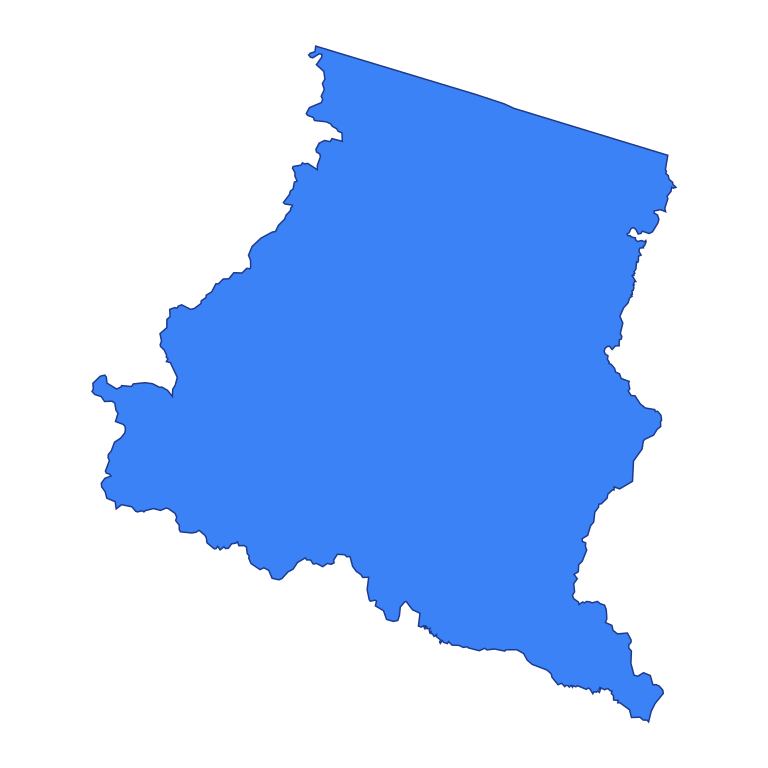 outline of Carabaya, Puno, Peru
{"feature_id": "86281439B63963563505699", "entity_name": "Carabaya", "entity_type": "district", "adm_level": 2, "iso_a3": "PER", "parent_name": "Peru", "parent_adm1": "Puno", "projection": "mercator", "projection_center": [-70.113, -13.816], "detail": "fine", "context": "isolated", "style": "filled", "palette": "blue", "viewbox_px": 768, "rotation_deg": 0, "n_neighbors": 0, "source": "geoboundaries", "source_scale": "gbopen_adm2", "svg_char_len": 6099}
<svg xmlns="http://www.w3.org/2000/svg" viewBox="0 0 768 768"><path d="M552.0,677.3L558.0,684.7L561.7,683.3L564.8,686.6L565.4,685.6L568.2,685.6L569.3,687.1L571.0,685.4L572.5,687.2L572.8,685.7L575.9,686.8L577.5,685.7L586.3,689.4L587.8,688.2L589.6,688.5L592.8,693.7L593.7,691.9L596.6,692.1L597.7,691.1L599.4,692.4L600.7,688.7L599.3,689.1L599.9,687.4L604.5,689.7L608.0,688.5L610.2,690.8L612.0,691.0L611.3,693.6L613.4,695.5L613.6,700.0L618.2,700.5L617.7,702.8L620.0,702.8L629.5,709.8L631.5,717.5L640.0,717.2L643.1,720.0L647.2,720.2L648.6,721.9L651.2,711.3L655.0,703.6L663.3,693.4L662.8,690.1L659.4,686.2L656.1,684.6L652.9,684.8L650.3,675.5L643.5,672.7L637.6,676.3L634.0,675.1L630.9,663.3L631.4,650.9L628.9,648.2L628.7,645.2L631.0,642.3L631.1,640.0L627.4,633.0L617.5,633.9L613.0,630.3L611.9,625.4L605.4,622.5L606.8,618.9L606.6,614.4L606.2,609.4L604.5,605.1L600.2,603.7L597.4,601.4L592.2,602.9L589.6,601.8L586.4,601.5L584.6,602.9L582.7,602.0L578.9,604.5L578.5,602.1L573.5,598.5L572.5,595.2L574.6,591.8L573.7,583.8L577.3,578.7L574.0,574.4L578.3,571.7L578.7,564.7L582.2,561.3L586.7,550.1L585.4,546.5L585.7,542.9L582.4,541.5L582.2,538.7L587.7,535.3L590.5,525.9L593.7,522.0L594.8,512.2L598.6,507.0L598.7,504.2L601.3,503.8L607.1,498.2L607.8,494.2L612.5,489.9L614.1,489.9L614.1,486.9L619.7,488.9L632.5,481.3L633.5,461.0L642.1,449.0L643.3,441.1L644.7,439.4L653.6,435.1L657.1,429.4L660.7,426.5L660.5,421.7L661.6,420.3L661.0,415.4L657.6,411.3L655.2,411.5L654.8,409.6L645.4,408.0L640.4,404.1L635.0,395.8L631.1,395.5L628.2,390.9L629.8,388.9L628.6,383.6L629.2,381.4L621.2,378.5L619.5,373.8L615.5,372.0L614.6,368.4L611.2,364.4L608.9,363.3L609.2,362.0L607.4,359.4L608.0,355.9L605.1,353.8L604.2,351.5L605.0,348.3L607.6,346.3L609.7,346.4L612.1,349.5L615.4,345.9L619.2,345.8L619.2,340.1L621.3,339.0L621.8,336.4L620.3,333.5L622.8,323.1L619.9,316.3L623.7,307.7L628.0,303.0L629.6,298.0L632.1,296.2L631.0,294.9L632.3,294.3L632.0,290.7L633.2,290.4L633.9,287.8L633.4,285.8L634.2,284.9L633.3,284.6L634.6,281.4L635.7,281.5L632.2,275.6L634.0,275.2L633.5,274.1L634.8,273.4L634.1,271.6L635.9,269.1L636.6,261.9L637.8,262.3L638.4,261.0L638.5,256.2L641.1,255.1L639.0,251.6L639.3,249.3L640.0,248.0L643.5,247.8L643.1,246.3L644.5,245.8L646.1,241.8L645.8,240.5L644.3,241.8L641.7,240.5L637.5,241.5L635.5,239.6L635.4,237.8L631.6,237.1L630.0,235.5L628.3,235.9L627.0,234.1L629.2,232.7L630.9,228.6L633.2,227.6L635.7,229.2L638.2,234.0L641.0,233.4L642.3,231.2L649.1,233.5L652.5,231.8L657.8,223.2L658.9,219.4L657.5,215.0L654.1,213.0L654.1,211.0L660.5,209.7L665.6,211.7L664.8,208.2L667.8,198.9L667.2,196.1L671.0,191.4L671.6,187.3L673.4,188.2L676.0,187.3L673.0,184.6L672.6,182.3L669.1,179.3L668.2,175.5L665.8,173.6L666.4,171.2L665.4,169.6L667.8,155.3L514.1,108.4L504.1,103.8L476.5,94.7L315.7,46.1L315.0,51.7L310.3,53.2L308.7,55.0L310.4,57.2L312.8,57.8L319.2,53.8L321.9,54.3L321.7,57.2L316.4,64.7L323.8,71.4L324.9,79.1L322.4,83.5L324.3,89.5L321.2,96.3L322.7,99.3L321.4,102.6L309.4,107.6L306.3,113.5L307.5,115.3L313.3,117.5L314.5,120.5L326.2,121.8L330.7,123.9L332.4,126.4L336.6,128.7L338.2,131.3L342.0,132.9L342.3,141.3L332.0,138.6L330.2,141.6L324.5,140.5L319.1,143.2L315.9,149.4L316.5,152.0L319.8,154.0L320.4,156.7L317.3,165.5L317.3,169.7L307.7,163.4L304.7,163.9L302.4,162.9L301.1,165.1L293.1,166.5L292.5,168.2L295.0,172.7L294.9,176.1L297.1,181.1L294.3,182.2L293.1,189.0L290.3,191.1L289.4,194.6L283.4,202.5L284.9,204.0L292.2,205.1L292.4,206.3L290.7,208.1L290.5,210.5L286.1,215.1L284.7,219.0L278.4,225.4L275.5,231.5L272.2,232.1L261.0,238.1L252.1,246.4L248.5,255.3L250.5,260.1L250.7,267.2L249.9,268.7L246.8,268.3L242.0,273.0L233.8,272.7L228.8,278.8L223.2,279.0L218.5,283.8L215.9,283.8L211.7,291.9L206.2,295.2L206.0,297.6L201.3,300.7L200.9,303.6L194.1,308.6L190.5,309.3L181.6,304.8L178.2,306.2L177.0,308.2L174.7,307.6L169.7,309.4L170.1,316.6L166.9,319.4L166.8,327.7L160.0,333.6L161.5,341.1L160.2,344.6L160.5,346.4L164.4,350.3L166.6,355.2L166.3,357.2L168.0,358.8L166.4,361.6L170.3,362.6L177.3,377.3L175.2,385.3L172.7,389.3L172.4,396.5L167.5,390.3L161.7,387.0L159.7,387.4L152.5,383.7L145.1,382.7L133.3,383.9L131.5,386.5L121.6,385.6L121.1,386.9L116.7,389.0L107.0,383.1L106.3,377.0L104.8,375.1L100.3,376.2L92.9,383.3L93.3,389.2L92.0,391.5L94.8,394.5L101.3,396.6L104.6,401.5L111.9,401.2L114.8,403.1L115.9,410.0L118.0,413.3L115.5,421.5L123.3,424.4L125.0,426.3L125.4,429.8L124.8,432.9L120.7,438.1L114.5,442.2L111.2,451.1L108.3,454.5L108.1,457.6L109.4,460.6L105.4,471.2L106.4,473.2L109.3,474.0L111.1,476.0L104.9,478.3L101.3,483.3L101.7,486.9L105.2,491.8L106.8,498.2L115.2,501.7L116.2,508.9L121.6,504.7L131.9,506.8L135.7,511.3L137.5,511.9L142.1,510.8L143.9,511.9L145.4,510.6L153.4,508.6L160.6,510.4L166.0,508.1L168.3,508.6L175.1,513.4L176.7,517.1L175.7,520.6L179.2,525.2L179.3,529.8L180.5,531.8L191.6,533.0L195.9,532.3L199.0,530.3L204.8,535.2L206.3,537.8L207.0,542.8L214.2,548.8L216.0,548.7L217.7,546.3L220.1,549.9L223.9,546.8L225.7,548.6L228.5,548.2L231.6,543.8L235.8,543.2L237.5,541.8L238.9,545.7L244.2,545.6L246.4,547.0L247.3,553.8L249.2,555.6L248.7,558.1L251.0,563.5L260.0,569.6L263.9,567.8L268.8,570.4L272.1,578.3L278.9,579.8L281.9,578.6L288.1,571.8L293.1,569.2L297.5,562.5L305.3,557.9L306.6,559.9L310.5,560.0L313.2,564.0L316.7,563.5L322.8,566.7L327.2,563.5L331.4,564.3L334.1,562.8L333.6,560.2L337.3,554.3L344.7,554.7L346.8,556.8L350.0,556.5L352.6,566.3L356.2,571.3L360.9,574.6L362.7,577.4L368.7,577.3L367.1,589.6L369.3,599.9L370.4,601.2L375.0,600.2L376.5,600.9L375.4,605.9L383.5,610.7L386.6,619.4L393.3,621.4L397.8,620.5L399.4,615.6L400.3,607.0L404.8,601.8L406.2,601.5L412.4,609.7L420.0,613.3L418.4,626.1L421.2,627.1L423.4,625.8L424.5,628.1L425.3,625.2L426.0,628.3L426.7,626.9L427.5,628.7L430.1,628.4L429.2,630.2L429.8,632.7L431.1,631.7L431.0,633.6L432.4,633.8L434.1,636.4L436.5,634.7L436.3,636.6L440.7,640.0L439.6,641.8L440.3,643.4L442.3,640.6L443.7,642.4L447.4,643.6L448.6,641.6L452.0,645.1L459.1,645.4L463.2,647.4L467.3,646.8L468.4,647.9L479.3,650.7L484.7,648.3L486.9,649.9L494.6,649.0L504.8,651.1L505.8,649.8L516.8,649.7L523.6,653.5L527.2,660.1L532.2,664.4L546.9,670.0L551.2,673.8L552.0,677.3Z" fill="#3b82f6" stroke="#1e3a8a" stroke-width="1.5"/></svg>